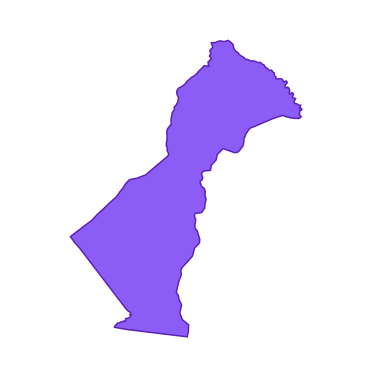 Senador Guiomard, Acre, Brazil (orthographic projection), rotated 163°
{"feature_id": "56859067B6491978564654", "entity_name": "Senador Guiomard", "entity_type": "district", "adm_level": 2, "iso_a3": "BRA", "parent_name": "Brazil", "parent_adm1": "Acre", "projection": "orthographic", "projection_center": [-67.514, -9.978], "detail": "fine", "context": "isolated", "style": "filled", "palette": "violet", "viewbox_px": 384, "rotation_deg": 163, "n_neighbors": 0, "source": "geoboundaries", "source_scale": "gbopen_adm2", "svg_char_len": 5343}
<svg xmlns="http://www.w3.org/2000/svg" viewBox="0 0 384 384"><g transform="rotate(163 192 192)"><path d="M305.7,85.3L293.7,79.2L286.2,75.9L275.0,70.9L262.8,65.5L238.9,54.9L238.5,56.0L237.7,57.2L236.3,59.7L235.8,61.0L235.3,62.5L234.8,63.7L234.4,64.9L234.1,65.9L234.7,67.0L235.3,67.9L235.9,68.8L236.7,70.0L237.4,71.0L238.1,72.0L238.5,73.0L238.6,74.3L238.7,75.7L238.9,77.0L238.9,78.5L239.0,79.8L238.2,81.5L237.4,82.7L236.7,84.0L236.1,85.1L235.2,86.5L235.2,88.7L235.4,90.2L235.8,92.2L235.8,93.7L235.5,95.4L235.4,97.0L236.3,100.7L234.3,104.3L232.5,107.3L231.4,109.1L229.7,111.9L228.6,113.2L227.3,114.7L226.2,116.5L226.0,118.2L225.8,119.6L225.2,120.7L224.3,122.0L222.9,123.1L221.6,123.8L214.7,127.8L210.3,130.6L209.4,131.9L208.6,133.2L208.0,134.2L207.5,135.1L206.8,136.2L206.1,137.4L204.9,138.2L203.9,138.7L203.1,139.2L201.9,139.9L200.7,140.5L199.5,141.6L198.9,143.1L198.5,144.1L198.4,145.4L198.4,146.7L198.4,148.2L198.4,149.3L198.4,150.3L198.4,151.8L198.4,153.5L199.1,155.2L199.7,157.0L199.1,159.0L198.2,160.9L197.4,162.5L196.9,163.8L196.5,165.1L196.7,166.9L196.7,168.5L196.2,169.6L195.3,170.5L193.8,170.4L192.8,170.2L191.4,169.9L190.0,169.6L188.7,169.6L184.5,173.0L184.2,174.0L183.6,175.7L183.0,176.8L182.0,178.5L181.3,179.8L180.6,181.1L180.6,183.7L180.4,185.7L179.7,187.0L179.2,188.3L179.1,190.9L179.6,192.5L180.3,193.4L181.5,195.0L181.2,196.8L181.5,198.6L180.8,200.1L179.5,200.4L178.5,200.9L177.5,203.1L177.6,205.0L177.6,206.3L176.8,207.5L175.0,208.5L172.5,208.3L169.5,207.5L167.9,207.4L166.4,210.6L165.9,211.9L164.5,212.7L163.1,213.6L161.2,214.6L159.7,215.5L158.4,217.7L157.5,219.4L156.8,220.5L154.7,221.6L149.7,224.4L146.7,222.2L144.7,220.8L142.5,219.2L141.2,218.2L139.6,217.1L137.8,216.8L135.9,216.9L134.6,217.7L133.6,218.3L132.2,219.6L130.2,220.7L128.8,222.9L127.8,224.8L126.6,228.3L125.2,229.3L124.5,230.2L123.7,231.5L120.6,234.1L119.3,235.1L118.2,236.0L115.0,236.3L112.6,236.5L105.8,237.2L103.3,237.5L101.6,237.6L97.1,238.1L94.4,238.4L87.2,238.8L86.2,238.5L85.2,238.7L83.8,238.6L82.2,238.3L81.2,237.4L80.2,236.6L78.8,235.8L77.5,235.2L76.5,234.1L74.5,233.7L73.0,232.6L71.5,232.1L69.9,231.7L68.9,231.2L67.6,231.1L66.4,231.6L65.5,232.4L66.4,234.1L66.8,235.1L65.9,235.9L65.7,237.4L64.8,238.1L63.4,238.2L62.7,239.4L63.6,240.5L64.7,240.1L64.5,241.2L63.2,242.3L62.8,243.3L63.8,243.7L65.0,244.0L65.4,245.3L66.6,245.9L67.8,246.7L68.2,248.5L67.0,249.7L65.7,250.9L66.9,252.1L68.1,252.5L67.9,253.7L66.9,255.0L66.4,256.3L66.7,257.4L67.9,257.7L68.9,256.8L70.3,257.6L70.0,258.8L69.1,259.7L68.9,261.4L68.9,262.9L69.9,264.4L71.4,263.8L72.2,264.9L71.9,266.3L71.3,267.1L69.9,267.9L68.8,269.1L69.5,270.7L70.9,270.5L71.9,270.2L72.3,271.6L72.8,273.4L73.9,274.3L75.0,274.8L76.0,274.8L77.3,275.1L78.4,275.9L78.1,277.3L78.7,278.3L79.0,279.5L79.0,280.6L78.6,281.9L79.4,282.9L79.9,284.0L80.2,285.2L81.4,285.5L82.5,285.8L83.4,286.9L83.6,288.2L84.9,289.0L85.2,290.2L85.8,291.2L86.1,292.8L87.7,293.9L88.7,296.0L90.4,296.4L92.1,297.1L92.8,298.1L93.9,298.7L95.1,299.6L96.6,299.7L97.7,300.3L98.5,301.0L99.4,301.9L100.3,302.7L101.6,302.8L102.4,303.5L102.8,305.0L103.4,305.8L104.1,306.6L105.8,308.5L106.8,309.8L107.0,311.3L107.8,312.6L108.7,313.4L109.6,314.8L109.7,316.0L110.0,317.7L109.8,319.0L109.5,320.4L109.8,321.4L110.4,322.5L110.9,323.5L113.0,326.4L116.9,326.4L118.3,326.8L119.4,327.6L120.6,328.2L122.0,328.5L123.7,328.3L125.4,328.1L127.0,328.3L127.9,328.8L129.9,329.1L130.0,327.8L129.9,326.3L129.7,325.0L130.3,324.0L132.1,323.0L133.8,321.7L133.6,320.2L133.5,318.4L135.1,317.6L135.6,316.5L134.8,315.2L134.6,313.5L135.8,313.4L136.8,312.2L137.9,312.1L138.8,311.5L138.7,310.4L139.2,309.1L138.9,307.3L142.1,308.6L143.8,309.2L144.9,308.2L148.6,306.4L150.4,305.5L151.9,304.3L153.4,303.6L156.2,302.3L157.5,302.1L158.7,301.8L160.6,301.0L162.8,300.0L164.3,299.4L165.2,298.9L166.1,297.8L167.7,297.1L169.7,296.2L171.4,295.7L173.7,295.5L174.7,295.0L175.9,294.1L176.9,293.2L177.4,291.9L177.7,290.4L177.8,289.1L177.5,287.3L177.4,286.1L177.9,284.9L178.6,283.6L179.4,282.2L180.6,281.0L181.3,280.0L182.8,279.3L184.0,278.7L184.4,277.7L184.7,276.2L187.4,273.9L188.3,272.7L188.7,271.5L189.6,269.8L190.4,268.6L191.0,267.1L191.4,265.5L191.6,264.4L192.2,263.0L193.4,262.0L194.6,261.3L196.7,259.7L197.4,258.9L198.0,258.1L198.7,256.2L199.2,254.2L199.4,253.1L199.9,251.4L200.5,249.7L201.1,248.4L201.6,247.2L202.5,245.6L203.0,243.7L202.8,242.0L203.0,240.6L203.6,239.3L203.6,237.9L203.3,236.7L203.2,235.1L204.2,233.7L206.6,232.6L213.9,229.4L217.3,228.0L218.8,227.4L221.4,226.2L224.1,225.1L228.0,223.5L230.3,222.3L231.7,221.8L233.0,221.8L235.2,221.7L240.5,221.3L244.0,221.7L246.4,222.0L248.6,221.8L250.0,221.1L251.2,220.4L252.4,219.7L253.9,218.7L255.5,217.2L256.9,215.9L258.9,214.6L260.9,213.3L262.9,211.5L264.7,210.3L266.2,209.3L267.6,208.6L268.8,208.1L271.5,206.8L275.0,205.2L277.7,203.7L282.2,201.5L283.3,200.9L284.7,200.3L285.7,199.9L286.7,199.4L288.3,198.6L289.5,198.0L291.4,196.9L292.5,196.3L294.0,195.4L295.0,194.8L296.0,194.3L297.8,193.6L300.3,192.7L303.4,191.6L305.0,191.0L306.8,190.4L308.0,189.9L309.4,189.4L321.3,184.9L319.5,179.4L317.5,174.6L316.0,171.5L312.7,162.7L292.0,106.8L289.0,98.8L288.0,97.0L287.0,96.0L286.1,94.8L287.2,92.7L286.1,92.4L286.8,91.5L287.8,90.4L290.1,90.1L291.3,90.2L292.6,90.2L292.6,89.1L293.9,87.8L295.0,88.7L296.8,88.1L298.2,88.6L300.2,87.9L301.2,88.4L302.2,88.1L303.2,87.3L304.6,86.7L305.7,85.3Z" fill="#8b5cf6" stroke="#5b21b6" stroke-width="1.5"/></g></svg>